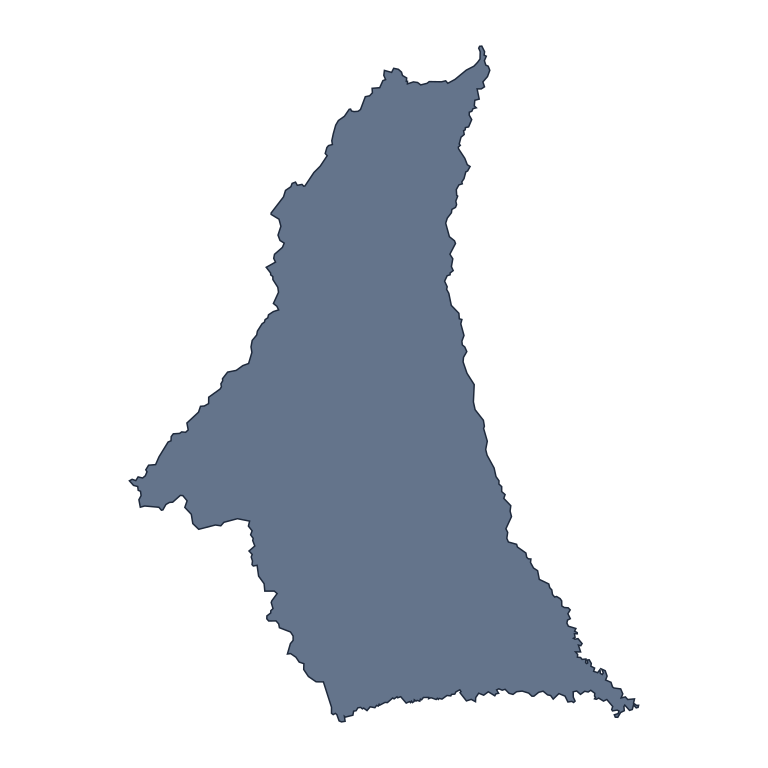 outline of Uribe, Meta, Colombia
{"feature_id": "7082276B13422583014597", "entity_name": "Uribe", "entity_type": "district", "adm_level": 2, "iso_a3": "COL", "parent_name": "Colombia", "parent_adm1": "Meta", "projection": "mercator", "projection_center": [-74.312, 3.147], "detail": "fine", "context": "isolated", "style": "filled", "palette": "slate", "viewbox_px": 768, "rotation_deg": 0, "n_neighbors": 0, "source": "geoboundaries", "source_scale": "gbopen_adm2", "svg_char_len": 6084}
<svg xmlns="http://www.w3.org/2000/svg" viewBox="0 0 768 768"><path d="M129.4,480.8L133.5,485.4L137.7,486.5L138.2,490.3L140.5,491.3L141.1,495.6L138.9,499.7L140.3,507.2L144.7,506.0L157.2,507.1L158.9,507.3L161.4,510.2L162.9,509.9L165.9,504.5L169.5,502.4L172.7,502.2L180.3,495.4L182.8,495.6L187.1,500.8L184.8,507.4L191.3,514.3L192.8,523.6L198.7,529.3L215.4,525.0L220.8,525.8L223.9,522.3L237.4,518.7L249.6,521.1L248.4,526.1L252.1,530.8L250.6,534.8L253.2,538.4L252.7,540.5L254.8,546.0L249.0,551.0L252.2,554.4L251.2,557.0L252.5,561.0L252.0,564.6L253.3,566.0L257.1,565.3L258.6,576.1L264.1,583.7L264.8,591.1L274.3,591.1L277.1,593.6L271.9,600.7L271.2,602.5L273.0,608.6L270.8,610.7L270.7,613.0L266.9,615.9L266.8,618.8L268.7,621.0L276.0,620.9L278.7,623.9L279.4,627.7L290.5,632.0L293.1,636.0L293.1,640.4L290.4,643.6L287.4,654.0L290.6,653.6L295.9,657.2L299.2,662.1L303.9,663.7L303.7,669.5L308.4,676.5L316.1,681.8L323.4,681.9L331.5,707.2L331.5,713.3L333.2,714.6L335.3,713.4L336.8,714.5L339.1,720.9L341.5,721.9L345.1,721.3L344.4,716.3L345.4,717.1L352.9,715.2L353.6,711.2L356.1,710.7L357.9,707.8L360.7,707.4L362.4,708.9L363.7,708.1L367.0,710.6L370.2,706.8L374.9,707.7L376.6,705.4L378.2,706.1L379.1,704.3L379.7,705.2L385.0,702.4L387.4,702.6L392.7,698.0L394.1,698.9L397.0,696.8L397.7,697.8L400.7,696.7L406.2,703.1L409.5,701.6L410.5,702.6L411.4,701.2L412.4,702.6L414.1,701.5L414.3,699.8L416.0,701.1L417.1,700.4L419.8,701.2L420.4,699.2L421.6,699.8L423.4,697.5L428.7,697.4L428.6,698.7L431.0,697.7L436.2,699.5L437.3,698.3L438.3,699.4L439.2,698.4L442.0,699.1L447.0,695.5L450.8,695.9L451.5,694.4L454.8,694.1L455.9,691.9L459.8,689.8L461.0,691.6L460.0,692.7L466.4,700.9L471.2,699.4L475.5,701.7L475.7,697.6L478.7,693.2L483.7,695.2L488.3,691.8L494.8,695.8L496.0,693.8L498.6,693.3L496.6,689.9L498.8,688.8L502.2,690.2L505.1,689.3L509.0,693.3L513.0,694.4L516.6,691.7L522.2,691.1L528.7,693.1L531.9,696.2L533.9,696.2L538.7,692.3L543.1,691.2L547.6,694.9L550.6,695.5L553.2,699.1L558.9,693.6L565.0,696.1L567.9,702.0L571.8,701.4L573.6,702.5L575.1,701.1L573.3,697.2L573.2,691.8L576.7,691.0L580.5,694.4L584.7,691.3L588.2,692.0L590.8,690.3L594.8,693.3L594.5,696.0L595.5,697.3L594.5,698.8L596.3,699.3L598.7,698.1L603.5,701.1L606.8,699.5L612.7,706.5L611.7,709.6L612.5,710.9L617.1,710.1L619.0,711.0L618.1,713.6L614.3,714.8L615.3,717.2L617.8,717.3L620.6,712.5L624.3,710.7L623.9,706.6L624.8,705.1L629.5,710.4L632.3,709.5L633.5,705.0L636.2,707.9L638.1,707.4L638.6,705.3L636.6,705.4L633.5,703.2L634.5,698.9L627.7,699.5L625.4,696.9L621.1,697.9L622.8,693.9L620.7,688.9L614.0,688.0L612.5,686.9L611.0,682.3L605.6,680.0L607.1,676.1L605.2,670.7L601.7,669.1L603.3,673.0L602.2,674.5L600.3,673.3L600.0,669.6L597.6,672.7L593.6,671.3L594.6,668.1L590.9,666.2L591.3,663.4L589.2,659.8L587.2,660.0L587.7,663.0L586.7,663.6L585.6,662.7L585.9,659.0L582.1,659.4L580.6,657.5L577.4,657.2L577.7,654.5L575.5,651.9L580.6,651.9L578.4,645.1L580.8,645.7L582.1,643.6L578.0,638.6L575.0,639.2L573.4,638.3L575.1,637.3L574.4,633.7L577.3,633.8L577.2,632.6L574.6,631.2L575.9,628.5L568.4,626.2L566.9,623.1L567.5,620.1L570.3,618.7L567.9,613.7L570.2,609.9L568.2,607.8L564.2,607.5L561.8,605.9L561.7,600.9L560.1,598.6L556.6,596.5L554.6,597.0L552.5,594.5L551.8,589.9L549.7,587.6L548.8,584.0L539.3,579.4L537.6,570.7L533.5,568.0L530.5,562.5L530.9,559.0L528.3,558.8L526.7,557.3L525.9,553.0L517.4,547.0L516.6,544.3L508.4,542.0L506.8,538.3L507.7,532.4L505.9,528.8L511.5,516.6L510.1,511.1L510.8,505.7L503.8,498.4L505.1,494.6L501.7,491.6L501.7,486.6L498.9,484.0L499.0,480.8L496.0,476.6L494.1,468.0L487.1,455.2L485.7,449.5L487.3,441.2L483.6,428.4L484.4,426.3L483.4,420.3L475.1,409.7L473.4,401.9L474.2,384.6L467.0,373.3L463.1,361.9L463.5,357.3L466.8,351.6L464.8,347.0L462.3,344.9L461.9,341.1L464.0,335.5L460.8,323.8L461.9,319.5L459.3,318.8L458.9,313.3L451.3,305.4L448.8,293.3L446.6,289.3L447.2,286.8L444.6,281.2L447.2,275.7L450.1,274.8L450.1,273.0L453.2,270.6L451.4,266.6L452.8,258.8L449.9,254.2L455.5,243.5L454.5,240.8L449.4,236.7L445.7,223.2L447.3,218.1L451.4,212.8L451.9,209.4L455.5,207.4L456.6,204.7L455.8,201.1L457.7,196.1L456.7,195.3L456.3,189.6L458.9,184.9L462.3,183.8L461.8,181.9L464.0,178.7L465.8,171.9L467.6,171.0L470.1,166.5L467.3,164.7L464.8,158.3L458.6,148.9L458.3,147.1L460.3,145.3L459.2,144.0L461.0,137.2L464.2,134.5L463.6,130.7L465.2,129.8L465.4,127.6L468.6,126.9L471.7,119.6L469.2,115.1L469.3,112.2L471.8,111.3L473.0,108.7L476.3,107.8L474.3,105.9L474.8,100.3L479.2,99.1L477.1,88.9L481.3,88.9L484.5,86.8L482.9,81.9L487.5,76.6L489.8,70.3L488.2,66.2L485.8,65.1L484.4,60.7L486.3,56.2L484.1,55.1L484.6,51.7L481.8,46.1L479.6,46.3L478.7,48.2L480.2,51.7L480.0,59.0L477.6,62.3L473.9,66.2L466.3,70.1L455.0,79.4L447.8,83.3L445.7,80.8L441.5,81.8L429.2,81.6L427.1,83.3L420.7,84.9L417.6,82.5L413.4,81.9L407.4,83.9L407.5,81.3L406.3,81.3L406.7,78.0L402.5,75.5L401.5,72.1L398.4,69.3L393.7,68.3L391.6,72.4L384.4,70.4L383.8,75.4L385.6,79.6L382.9,80.6L379.7,87.7L372.1,88.3L372.4,92.8L369.6,95.8L365.3,96.7L360.5,109.5L358.1,111.3L354.0,111.6L351.5,111.0L350.6,109.1L349.2,109.3L344.4,116.3L338.4,120.5L335.7,125.1L333.3,133.7L331.8,140.7L332.4,144.5L328.5,145.6L326.9,147.5L325.2,153.5L327.2,155.7L320.2,166.2L313.9,172.5L304.9,186.0L303.7,186.2L302.0,184.4L297.3,185.3L295.5,182.1L292.1,183.4L290.9,186.7L285.5,190.4L283.5,196.9L271.1,213.0L271.1,214.4L279.0,219.2L280.9,226.3L278.0,235.1L280.0,240.5L284.2,243.1L282.4,247.4L274.5,254.3L273.7,258.4L275.5,262.1L266.2,267.3L270.6,273.0L270.7,274.9L272.8,276.5L272.9,279.6L277.8,287.3L278.5,292.3L273.4,303.5L276.9,306.3L278.6,309.9L273.3,311.6L268.5,314.8L267.8,317.8L265.1,319.6L264.4,322.2L262.1,323.7L257.4,331.1L256.7,335.0L252.2,340.4L251.0,346.9L251.9,352.4L248.6,363.5L242.8,365.6L236.2,370.4L227.6,372.1L222.5,378.7L222.7,380.8L220.9,383.8L221.4,386.8L220.1,389.0L208.7,397.2L208.6,403.6L204.3,406.0L200.5,406.3L198.5,412.2L186.9,423.0L188.2,429.9L185.6,432.3L181.7,431.9L179.6,433.4L173.3,433.8L171.2,436.6L171.0,440.8L168.1,442.0L159.0,456.8L155.6,464.6L148.6,465.2L145.8,469.8L147.0,471.8L145.3,475.8L142.6,478.0L138.1,476.9L135.8,480.6L132.1,479.3L129.4,480.8Z" fill="#64748b" stroke="#1e293b" stroke-width="1.5"/></svg>